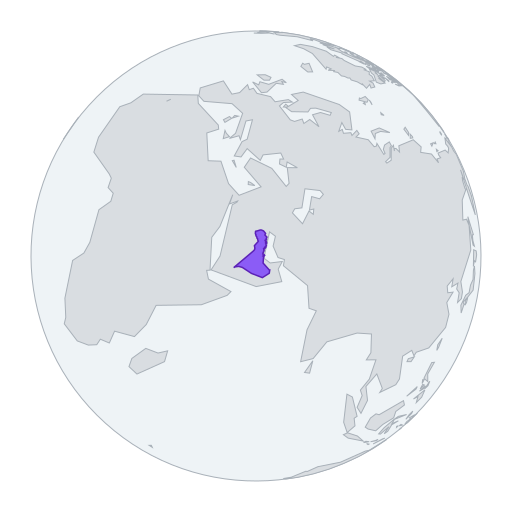 Ash Sharqiyah on an orthographic globe, rotated 42°
{"feature_id": "SAU-1098", "entity_name": "Ash Sharqiyah", "entity_type": "Region", "adm_level": 1, "iso_a3": "SAU", "parent_name": "Saudi Arabia", "parent_adm1": "", "projection": "orthographic", "projection_center": [49.771, 23.094], "detail": "fine", "context": "on_globe", "style": "filled", "palette": "violet", "viewbox_px": 512, "rotation_deg": 42, "n_neighbors": 0, "source": "natural_earth", "source_scale": "10m", "svg_char_len": 13281}
<svg xmlns="http://www.w3.org/2000/svg" viewBox="0 0 512 512"><g transform="rotate(42 256 256)"><circle cx="256" cy="256" r="225" fill="#eef3f6" stroke="#a8b0b8"/><path d="M309.7,37.2L306.6,36.5L304.8,36.1L311.4,37.7L313.0,38.4L303.6,36.0L305.5,37.2L288.0,34.3L264.9,31.0L253.3,31.2L224.5,33.1L225.2,33.2L214.8,34.9L211.7,35.9L207.2,36.6L208.7,36.9L213.4,36.1L215.6,36.2L214.2,36.9L208.3,37.7L208.1,37.4L205.6,38.1L203.2,38.3L203.6,38.6L196.6,39.9L201.5,39.8L194.1,41.9L190.0,42.5L193.2,40.8L191.8,40.1L208.3,35.8L225.1,32.8L242.0,31.2L259.1,30.7L276.1,31.6L293.0,33.8L309.7,37.2ZM155.7,54.3L155.9,54.3L164.4,50.4L165.8,50.0L173.4,47.3L169.2,49.7L161.0,53.7L154.5,56.3L150.7,58.4L154.4,57.9L139.9,65.5L126.2,75.8L122.8,77.9L120.4,77.5L126.7,71.8L125.0,72.7L140.0,62.9L155.7,54.3ZM123.0,74.1L122.5,74.8L113.9,81.2L111.2,83.5L109.9,84.9L111.9,83.5L108.3,86.5L108.1,86.0L111.4,83.2L112.7,82.1L123.0,74.1ZM31.2,271.3L32.6,283.4L34.4,296.2L34.7,298.3L31.2,271.3ZM175.2,46.3L174.3,46.8L173.3,47.0L175.2,46.3ZM179.3,44.8L178.9,44.7L180.8,44.0L181.0,44.1L179.3,44.8ZM320.8,40.3L321.9,40.9L319.0,39.8L320.8,40.3ZM179.5,45.1L184.2,42.8L187.5,41.7L191.3,41.1L179.5,45.1ZM321.4,40.9L324.3,42.8L328.7,44.1L317.7,42.1L318.9,40.7L314.5,39.0L319.0,40.4L321.4,40.9ZM215.4,35.6L210.4,36.5L215.9,35.2L215.4,35.6ZM218.4,34.9L232.0,32.2L238.8,31.8L232.8,32.6L242.6,32.0L239.2,33.0L233.1,33.6L229.4,33.5L230.9,34.1L218.4,34.9ZM311.2,41.0L310.3,41.3L309.2,40.5L311.2,41.0ZM216.9,36.1L219.0,35.4L225.0,34.9L221.8,36.3L220.9,36.0L216.9,36.1ZM246.8,31.5L250.7,31.6L249.1,32.4L250.4,32.7L239.7,33.0L246.8,31.5ZM218.9,36.5L220.0,37.1L216.0,38.0L215.2,36.8L218.9,36.5ZM227.9,34.3L230.6,34.2L228.1,34.7L227.9,34.3ZM202.2,42.7L204.6,41.4L208.0,41.0L202.2,42.7ZM220.8,37.2L222.2,36.9L223.7,36.7L223.7,37.4L220.8,37.2ZM239.3,33.8L237.8,34.2L243.5,33.6L242.5,34.5L235.6,34.7L238.2,35.0L237.9,35.4L232.6,35.2L239.3,33.8ZM228.4,37.6L219.2,38.7L214.0,40.9L210.9,41.3L219.9,37.7L228.4,37.6ZM231.3,36.2L228.8,37.1L226.2,36.8L226.3,36.1L231.3,36.2ZM244.3,35.2L247.7,33.7L249.1,33.8L244.3,35.2ZM227.4,38.2L229.6,38.0L227.3,38.4L227.4,38.2ZM239.7,36.1L240.7,35.5L242.2,35.5L239.7,36.1ZM233.2,38.1L230.3,38.4L230.2,37.8L233.2,38.1ZM236.6,37.2L238.5,37.5L232.0,37.4L236.8,36.9L236.6,37.2ZM241.0,36.2L242.2,36.1L240.4,36.5L241.0,36.2ZM235.0,40.6L226.8,40.7L226.8,39.2L234.7,39.2L235.0,40.6ZM59.5,273.1L54.9,236.2L60.5,225.9L63.9,211.1L105.0,175.3L111.0,181.2L140.3,183.9L143.4,186.7L137.1,197.5L156.7,217.2L166.5,209.0L187.2,220.6L202.8,222.2L213.5,201.2L187.9,197.9L186.4,186.8L209.1,180.3L231.9,184.1L232.0,179.9L220.1,169.4L227.7,162.7L216.2,165.3L219.1,169.8L211.9,171.9L208.9,167.9L211.7,165.5L205.5,162.9L193.6,176.1L195.2,182.1L177.6,182.1L178.6,192.4L172.9,196.2L169.1,180.3L171.3,175.1L162.2,157.1L158.2,162.4L166.6,180.0L162.9,178.0L157.6,186.4L158.7,178.5L150.6,158.9L136.3,158.8L113.8,175.9L106.3,175.2L102.1,168.4L114.6,147.7L129.8,151.8L134.5,145.5L135.1,134.3L139.7,136.9L141.8,133.1L147.9,134.5L160.2,127.8L167.0,128.6L175.4,118.1L180.0,117.3L173.7,123.6L173.0,128.8L190.3,131.9L194.6,130.2L198.7,123.3L202.9,125.5L204.6,118.6L216.3,117.8L203.5,113.2L207.9,106.2L216.9,101.9L216.0,99.0L201.5,106.1L197.7,109.8L198.2,114.2L185.9,124.9L179.2,125.7L183.3,112.2L174.3,112.2L181.4,102.6L216.5,87.7L229.2,86.3L242.9,98.1L237.9,101.9L230.5,99.4L234.1,108.0L235.4,104.2L238.9,106.3L244.0,100.9L246.7,102.2L246.9,95.2L250.9,96.2L250.7,100.7L261.6,94.5L270.7,95.7L271.9,93.8L270.5,91.4L283.0,95.0L283.3,93.4L279.3,91.6L277.3,87.5L278.7,82.0L282.9,83.5L283.0,85.7L289.6,93.0L289.2,99.2L291.1,99.4L292.4,94.4L284.4,85.4L284.0,81.7L288.6,85.4L286.9,83.7L288.0,82.4L293.1,82.7L288.4,78.5L295.1,64.4L305.7,64.4L309.0,68.8L318.2,62.8L329.3,64.6L325.6,62.7L327.5,59.4L324.1,58.7L322.4,57.7L325.7,50.7L329.8,50.8L327.0,47.0L325.1,46.2L322.0,45.8L317.7,42.1L328.7,44.1L332.5,45.7L336.8,46.4L344.8,50.2L353.3,54.2L359.5,58.9L365.7,62.2L366.7,62.2L375.9,67.2L391.5,78.7L374.6,69.2L350.3,55.1L359.9,60.4L356.4,59.4L359.0,61.7L365.9,65.9L367.5,66.2L371.8,76.4L385.7,90.9L387.8,87.8L393.9,90.7L411.6,107.8L425.3,137.9L433.5,144.6L437.2,150.3L436.9,155.7L431.6,147.4L427.2,146.2L424.2,141.0L422.1,147.9L417.7,141.0L418.2,150.4L423.1,155.0L426.6,151.0L428.9,162.9L438.4,170.2L444.7,182.2L445.9,208.7L439.5,220.3L440.2,224.5L434.9,221.9L432.0,232.3L444.9,251.4L446.0,258.1L439.3,274.6L438.5,269.9L424.7,262.8L425.0,279.4L435.5,288.7L439.3,302.7L432.4,300.8L428.3,288.7L423.3,285.8L422.6,271.7L414.6,252.9L407.5,259.4L406.1,251.0L394.0,236.7L382.7,245.6L366.1,272.4L367.1,294.0L359.9,304.7L343.3,276.7L337.5,256.4L330.4,259.4L314.1,243.5L282.9,244.9L279.5,239.6L273.4,242.4L262.1,237.2L257.2,228.3L249.9,229.0L263.3,252.3L271.2,251.7L279.2,242.5L281.3,250.9L292.3,257.8L276.6,278.6L231.9,296.4L229.3,280.1L204.1,233.8L205.8,228.9L205.8,228.3L205.6,227.3L201.5,235.1L197.7,226.0L209.4,258.2L210.6,271.7L231.3,297.3L228.9,299.7L236.1,305.0L261.2,299.2L260.9,304.6L248.0,328.8L214.8,359.5L220.3,380.4L219.6,397.2L201.2,406.5L205.2,418.8L196.0,422.0L197.0,428.5L191.0,434.4L180.0,438.7L158.9,434.7L155.7,428.9L142.2,415.2L122.7,382.0L126.1,369.0L123.4,357.1L108.3,326.7L111.5,312.5L107.9,304.9L100.3,304.1L96.4,295.0L92.0,293.2L66.0,287.3L59.5,273.1ZM87.8,196.5L86.0,200.7L86.0,200.8L87.8,196.5ZM254.2,199.6L269.0,200.9L265.3,187.1L270.7,186.7L267.5,182.4L265.0,186.1L257.6,174.6L265.0,170.9L264.8,165.1L259.8,164.5L247.4,173.3L257.9,189.5L253.2,195.0L254.2,199.6ZM114.0,81.2L113.9,81.4L111.8,83.2L111.5,83.4L114.0,81.2ZM110.9,87.0L105.2,91.8L109.0,88.2L107.4,88.9L113.4,82.8L121.3,78.7L116.7,81.4L110.9,87.0ZM123.5,74.3L118.9,78.1L123.7,74.1L123.5,74.3ZM147.6,113.2L148.4,116.3L144.3,120.0L135.7,120.6L141.6,115.1L147.6,113.2ZM150.6,119.9L157.1,107.2L162.6,106.9L158.4,109.1L161.5,110.1L155.5,114.1L154.5,126.8L150.8,131.0L137.0,128.9L143.5,127.0L142.3,123.9L150.6,119.9ZM163.7,81.2L166.5,77.3L174.9,81.3L171.3,84.6L162.5,85.1L161.7,81.5L163.7,81.2ZM185.2,45.2L185.8,44.5L187.4,44.1L188.3,44.4L185.2,45.2ZM203.1,42.1L184.5,48.2L184.2,47.6L173.7,52.6L168.8,53.2L175.8,49.7L164.1,54.3L168.5,51.5L160.7,55.0L176.7,47.2L180.1,45.3L178.2,47.1L182.6,46.6L185.5,45.8L196.4,42.3L205.9,38.6L211.8,38.0L213.4,38.6L212.0,39.4L208.6,39.4L209.2,40.5L203.3,41.2L203.1,42.1ZM229.1,54.2L225.7,52.4L225.9,57.4L219.9,57.0L220.3,57.6L214.8,58.8L208.9,61.5L206.6,60.9L205.3,62.2L201.6,63.3L199.0,65.0L194.0,64.8L190.4,67.0L190.1,65.7L185.3,69.7L186.6,66.7L182.0,68.2L183.1,70.3L162.4,67.8L152.7,70.1L143.9,73.9L147.4,69.0L157.9,62.6L171.2,56.8L180.0,55.8L180.0,54.1L184.2,53.2L182.5,54.9L187.7,51.8L190.7,51.7L202.5,48.4L208.2,44.8L212.7,43.8L212.0,45.2L216.9,43.3L218.6,45.3L221.8,44.8L226.7,46.6L223.4,50.0L227.3,49.2L231.2,50.9L229.1,54.2ZM236.2,41.1L233.6,44.6L229.1,46.3L222.5,42.6L219.4,42.8L215.0,41.1L221.6,38.9L222.2,39.5L224.4,39.6L221.5,40.2L225.5,39.8L226.5,40.8L229.8,40.9L228.1,41.9L236.2,41.1ZM148.9,183.4L151.6,184.6L156.4,185.1L153.1,190.7L148.9,183.4ZM143.0,170.1L145.8,170.0L143.5,177.5L140.6,176.5L143.0,170.1ZM149.3,163.9L146.1,169.4L146.1,165.8L149.3,163.9ZM176.5,123.3L179.7,123.1L179.3,124.8L176.6,127.0L176.5,123.3ZM228.3,71.2L227.1,69.4L228.5,68.9L230.4,64.4L234.9,64.7L235.6,67.5L228.3,71.2ZM208.0,204.4L202.4,208.1L200.5,205.8L202.8,205.0L208.0,204.4ZM175.6,199.5L182.1,203.4L174.6,201.0L175.6,199.5ZM233.6,70.8L233.8,68.9L235.9,70.3L233.6,70.8ZM238.4,64.8L241.2,66.0L235.7,64.3L238.4,64.8ZM304.9,466.7L307.0,467.6L303.3,468.2L304.9,466.7ZM258.7,395.7L246.5,423.4L235.6,423.2L232.3,415.2L235.9,398.4L248.1,393.7L253.8,385.6L258.7,395.7ZM463.7,321.4L465.8,320.2L465.5,321.2L463.7,321.4ZM461.6,320.2L464.4,318.2L460.8,322.7L461.6,320.2ZM465.4,317.4L468.2,313.2L469.4,310.6L469.0,312.7L465.4,317.4ZM459.5,321.8L446.3,329.7L440.5,330.3L442.4,326.1L451.8,321.9L459.5,321.8ZM441.9,326.2L432.4,320.9L416.0,297.8L422.0,296.3L438.4,307.5L437.5,310.9L443.2,316.0L441.9,326.2ZM463.0,296.2L461.9,305.8L455.1,309.6L451.7,310.1L449.5,299.8L450.8,293.0L453.7,291.6L462.4,264.8L466.0,267.4L463.9,278.0L466.6,284.1L463.0,296.2ZM368.3,295.8L374.2,307.2L370.0,310.1L368.3,295.8ZM464.0,247.9L461.8,259.4L463.2,245.1L464.0,247.9ZM463.7,235.3L464.8,239.6L462.6,236.4L463.7,235.3ZM441.9,230.8L438.9,233.5L437.9,230.4L441.1,225.1L441.9,230.8ZM449.4,192.5L452.8,201.7L453.5,205.2L450.5,200.4L449.4,192.5ZM272.9,74.7L265.2,80.1L262.7,85.1L266.0,89.3L258.0,86.2L261.9,78.4L272.9,74.7ZM291.9,65.3L289.0,62.3L292.4,62.6L293.5,63.3L291.9,65.3ZM288.6,64.3L281.0,62.8L280.7,60.5L286.8,62.1L288.6,64.3ZM257.1,65.8L254.5,67.2L252.8,66.0L257.1,65.8ZM435.1,392.6L427.3,401.8L425.2,403.1L430.2,396.8L437.1,382.5L438.2,382.0L443.0,371.1L456.7,352.8L467.8,327.8L470.2,324.6L475.2,307.2L475.9,305.1L471.8,320.8L466.6,336.1L460.2,351.0L452.9,365.5L444.5,379.4L435.1,392.6ZM468.8,317.3L472.4,307.3L473.6,305.1L468.8,317.3ZM480.1,278.6L479.1,281.3L478.9,278.1L479.8,273.4L478.3,273.6L480.1,267.7L480.3,274.8L481.0,265.8L481.1,264.8L480.1,278.6ZM478.9,286.8L479.1,286.2L478.6,289.4L478.9,286.8ZM475.4,286.8L475.1,289.4L474.5,288.5L475.4,286.8ZM476.4,284.1L478.0,283.6L476.1,286.4L476.4,284.1ZM468.2,284.8L469.2,289.6L472.1,283.2L469.8,290.6L471.2,298.1L470.2,302.3L469.0,293.9L467.6,305.1L466.2,306.1L466.1,297.8L467.8,285.6L469.1,279.9L474.0,273.0L468.2,284.8ZM476.6,277.1L476.0,271.3L476.3,266.3L477.0,268.9L476.6,277.1ZM473.2,257.7L470.4,252.1L468.7,256.9L471.1,242.5L473.6,250.1L473.2,257.7ZM469.3,242.7L467.9,247.1L468.7,239.1L469.3,242.7ZM467.0,245.0L465.8,239.9L467.4,239.2L467.0,245.0ZM470.2,242.0L468.9,232.7L470.6,237.3L470.2,242.0ZM462.5,228.7L467.7,234.4L462.6,234.5L457.9,217.6L459.7,215.6L462.5,228.7ZM444.2,152.8L441.3,148.7L441.7,146.2L443.6,149.7L444.2,152.8ZM440.2,136.1L440.8,144.3L440.8,151.7L442.9,152.7L446.6,161.1L441.2,155.5L438.1,144.8L438.9,140.7L434.9,134.1L433.0,128.2L427.1,121.1L425.0,117.2L430.5,122.6L440.2,136.1ZM424.5,118.3L413.6,105.7L416.2,104.9L419.2,107.5L423.1,113.4L421.5,113.4L424.5,118.3ZM411.8,102.6L410.1,102.7L390.6,88.1L387.1,85.0L403.3,94.7L402.6,95.5L407.0,99.5L411.8,102.6ZM312.7,42.0L310.5,41.4L312.5,41.5L312.7,42.0ZM320.5,57.4L318.6,56.0L320.9,55.9L320.5,57.4ZM314.6,52.2L313.3,53.2L312.9,51.4L314.6,52.2ZM310.7,55.8L311.9,53.3L313.2,56.7L310.7,55.8Z" fill="#d9dde1" stroke="#a8b0b8" stroke-width="1"/><path d="M259.7,249.5L260.0,249.9L260.1,250.1L260.3,250.2L260.5,250.2L260.9,250.2L261.2,250.0L261.4,250.0L261.5,250.0L261.4,250.1L261.5,250.2L261.5,250.4L261.7,250.1L261.8,250.1L261.8,249.9L261.9,250.0L262.0,250.0L262.0,250.3L261.9,250.3L261.8,250.5L261.6,250.6L261.5,250.8L261.5,251.0L261.4,251.1L261.6,251.2L261.8,251.1L262.1,251.2L262.3,251.3L262.5,251.5L262.5,251.9L262.5,252.0L266.0,256.5L275.3,257.5L275.6,257.2L277.3,259.8L277.4,260.0L275.2,267.8L264.2,272.0L253.6,273.6L253.3,273.7L250.1,275.3L247.8,278.0L247.3,279.3L247.2,279.5L248.5,269.9L249.6,262.2L250.7,253.8L250.7,252.9L250.7,252.4L250.6,252.1L250.4,251.8L250.3,251.5L250.2,251.3L249.3,250.4L248.0,249.5L248.0,249.4L247.9,249.3L247.9,249.1L247.9,243.8L247.8,243.6L247.7,243.5L247.7,243.4L246.5,242.9L246.4,242.8L246.3,242.7L245.7,242.1L245.0,242.1L244.8,242.1L244.7,242.0L243.8,241.3L243.6,241.2L243.4,241.2L242.7,241.1L242.3,240.9L242.0,240.6L241.8,240.3L241.7,240.2L241.3,240.2L241.2,240.1L240.2,239.5L240.1,239.4L240.0,239.2L239.9,238.9L239.8,238.7L239.7,238.5L239.4,238.3L239.2,238.1L239.2,237.9L239.2,237.7L239.3,237.5L239.4,237.4L240.0,236.7L240.2,236.4L241.5,234.2L241.7,233.9L242.0,233.6L242.3,233.3L242.8,233.0L244.5,232.4L244.9,232.3L248.0,232.8L248.2,233.1L248.3,233.7L248.4,234.0L248.5,234.3L248.7,234.5L251.4,234.6L251.5,234.7L251.6,234.8L251.6,235.0L251.7,235.3L251.7,235.5L252.0,235.9L252.0,236.0L251.9,236.1L252.0,236.2L252.1,236.5L252.3,236.6L252.6,236.7L252.6,236.8L252.4,236.8L252.5,237.0L252.8,237.2L252.9,237.4L252.9,237.5L252.8,237.8L252.8,237.7L252.8,237.4L252.8,237.5L252.7,237.6L252.7,237.4L252.6,237.7L252.6,237.8L252.7,237.7L252.7,237.9L252.8,237.9L252.8,238.0L252.7,238.2L252.8,238.3L252.9,238.2L253.0,238.2L253.0,238.3L252.9,238.3L253.0,238.4L253.1,238.2L253.3,238.2L253.4,238.4L253.5,238.4L253.5,238.5L253.8,238.5L254.1,238.5L254.3,238.7L254.4,238.8L254.2,238.9L253.9,238.9L253.7,238.9L253.9,239.0L254.0,239.1L254.1,239.4L254.3,239.2L254.4,239.3L254.4,239.6L254.4,239.8L254.5,239.8L254.7,240.0L254.8,240.1L255.1,240.1L255.1,239.9L255.2,240.0L255.3,239.9L255.3,240.1L255.4,240.3L255.6,240.7L255.8,240.8L256.0,241.0L256.4,241.2L256.6,241.2L256.7,241.3L256.8,241.4L257.0,241.6L257.3,241.9L257.4,242.0L257.2,241.9L256.9,241.8L256.8,241.6L256.7,241.8L256.8,241.9L256.8,242.0L256.8,242.3L256.9,242.6L257.0,242.7L257.0,242.8L257.4,242.9L257.5,243.0L257.6,243.3L257.6,243.7L257.6,243.8L257.4,243.9L257.4,244.0L257.3,244.4L257.2,244.3L257.2,244.2L257.0,243.9L256.9,243.8L256.8,244.0L256.7,244.0L256.8,244.2L256.8,244.3L256.8,244.5L256.9,244.4L257.0,244.5L257.3,244.8L257.2,244.9L257.2,245.1L257.3,245.3L257.6,245.7L257.7,245.8L257.7,246.0L257.6,245.8L257.5,245.7L257.4,245.7L257.3,245.8L257.5,245.9L257.6,246.1L258.0,246.6L258.3,246.7L258.5,246.7L258.5,246.8L258.6,247.0L258.7,247.3L258.7,247.5L258.8,247.8L258.8,248.0L258.8,248.3L259.0,248.3L259.1,248.5L259.2,248.8L259.3,248.9L259.4,249.0L259.5,249.4L259.5,249.5L259.7,249.5ZM255.2,239.2L255.4,239.3L255.7,239.4L255.4,239.4L255.3,239.5L255.2,239.5L255.2,239.4L254.9,239.5L254.9,239.4L255.0,239.3L255.1,239.2L255.2,239.2Z" fill="#8b5cf6" stroke="#5b21b6" stroke-width="1.5"/></g></svg>